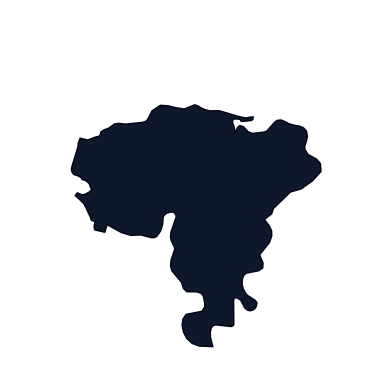 outline of Cádiz, rotated 128°
{"feature_id": "ESP-5812", "entity_name": "Cádiz", "entity_type": "Autonomous Community", "adm_level": 1, "iso_a3": "ESP", "parent_name": "Spain", "parent_adm1": "", "projection": "equal_earth", "projection_center": [-5.7, 36.526], "detail": "fine", "context": "isolated", "style": "filled", "palette": "ink", "viewbox_px": 384, "rotation_deg": 128, "n_neighbors": 0, "source": "natural_earth", "source_scale": "10m", "svg_char_len": 2275}
<svg xmlns="http://www.w3.org/2000/svg" viewBox="0 0 384 384"><g transform="rotate(128 192 192)"><path d="M266.7,281.8L263.3,281.8L261.8,276.6L259.0,274.5L254.8,272.8L251.4,272.7L250.8,275.0L249.2,277.0L248.4,280.0L248.6,283.3L249.8,286.3L248.9,288.1L249.4,291.7L250.3,294.0L250.9,295.9L250.3,298.5L249.1,300.1L247.9,301.3L244.2,302.9L226.5,309.7L223.9,311.5L218.5,313.3L215.3,306.2L207.9,301.7L204.7,299.1L200.5,300.7L196.9,299.4L193.4,297.1L185.9,294.8L183.2,292.1L179.4,286.1L167.9,274.1L164.5,271.7L160.6,271.8L152.7,273.4L143.3,270.4L138.8,263.9L135.3,256.1L131.3,249.1L121.7,243.6L120.5,240.2L120.1,236.3L118.9,232.1L117.3,228.1L111.3,220.7L107.2,210.4L104.5,203.4L100.6,195.2L96.7,191.8L95.2,189.9L97.4,188.8L98.9,189.2L104.5,194.7L106.0,196.8L105.1,198.7L106.4,201.0L109.0,204.3L111.2,203.7L112.6,202.4L114.5,199.3L118.3,194.7L117.0,194.6L113.4,195.8L110.3,195.3L108.9,191.8L110.0,184.7L108.5,180.2L100.0,171.7L98.1,170.6L86.1,169.8L83.0,168.9L80.3,165.9L78.2,156.7L76.3,152.2L73.9,147.8L72.8,143.5L73.6,139.3L76.9,135.5L80.2,133.7L86.8,131.2L89.1,129.1L91.0,123.7L89.5,114.0L90.5,108.4L96.4,103.0L109.2,104.0L122.3,107.9L131.5,114.5L154.8,117.7L160.3,115.8L169.2,118.1L171.1,110.4L173.6,105.4L177.6,102.1L184.1,99.9L199.9,100.1L204.2,92.4L208.3,89.5L213.0,91.0L222.8,99.5L226.5,99.8L230.2,98.4L233.9,95.7L236.9,91.9L238.9,87.1L239.3,84.2L238.5,75.8L239.0,73.5L240.0,72.2L243.1,70.8L245.3,70.7L247.7,71.5L249.8,73.1L251.0,75.6L250.7,79.5L247.3,86.7L247.5,91.0L249.2,93.3L251.4,92.8L270.6,77.6L272.1,77.3L273.9,78.4L282.0,91.5L284.5,93.2L287.5,93.1L291.5,91.1L295.0,88.2L301.0,80.5L309.0,91.6L311.2,98.7L310.6,106.1L307.6,112.5L303.1,117.7L297.7,120.9L292.0,121.2L279.9,110.7L274.9,111.1L272.5,112.8L267.2,118.7L266.0,122.0L267.6,126.6L273.8,134.8L273.2,139.5L269.7,144.5L266.5,159.1L263.6,163.2L258.6,166.5L247.8,170.3L246.2,172.1L242.9,178.6L241.1,180.8L236.5,183.9L221.8,188.9L220.2,190.1L219.1,193.3L220.5,196.0L223.0,198.1L225.6,199.4L229.3,199.5L235.8,195.1L242.2,192.8L248.5,192.4L251.2,193.7L253.1,196.2L257.3,205.9L263.7,213.4L267.3,222.3L270.0,238.8L277.4,236.0L281.7,245.3L280.9,246.3L279.6,247.6L278.1,248.7L275.2,249.9L275.4,251.6L276.2,253.8L274.2,256.9L268.4,268.4L267.6,270.8L266.7,281.8Z" fill="#0f172a" stroke="#020617" stroke-width="1.5"/></g></svg>